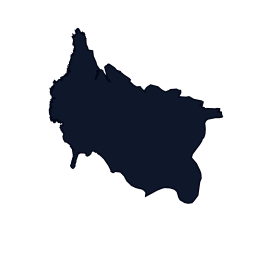 the district of Waterford City East Lea-6, Waterford, Ireland, rotated 120°
{"feature_id": "5873133B90521383760938", "entity_name": "Waterford City East Lea-6", "entity_type": "district", "adm_level": 2, "iso_a3": "IRL", "parent_name": "Ireland", "parent_adm1": "Waterford", "projection": "orthographic", "projection_center": [-7.041, 52.202], "detail": "fine", "context": "isolated", "style": "filled", "palette": "ink", "viewbox_px": 256, "rotation_deg": 120, "n_neighbors": 0, "source": "geoboundaries", "source_scale": "gbopen_adm2", "svg_char_len": 5883}
<svg xmlns="http://www.w3.org/2000/svg" viewBox="0 0 256 256"><g transform="rotate(120 128 128)"><path d="M82.3,175.9L82.8,176.4L82.6,176.8L83.1,177.2L83.4,176.8L85.9,178.4L87.0,178.4L92.7,172.6L94.0,172.5L94.5,171.3L95.1,170.6L95.3,169.4L96.6,167.6L96.8,165.9L97.1,167.8L95.8,171.0L95.2,171.4L95.0,172.8L93.7,174.0L92.6,177.0L91.2,178.5L91.1,180.3L91.5,180.9L92.9,180.9L93.5,181.7L94.4,182.0L94.6,181.4L96.5,180.6L99.4,180.6L100.8,180.2L101.7,180.5L103.0,179.9L101.9,180.7L101.0,180.6L99.7,181.2L96.5,181.4L94.0,183.3L93.7,182.7L92.7,182.6L92.2,182.1L91.3,182.5L89.6,186.3L86.8,189.3L83.4,194.0L79.0,197.3L80.4,201.0L80.0,202.2L78.9,203.0L76.4,206.4L74.9,207.2L74.2,208.1L73.1,208.4L72.7,209.0L71.8,209.1L71.6,209.6L71.9,209.8L70.5,210.7L69.7,212.3L69.0,212.2L68.6,213.1L67.9,213.3L68.0,214.1L67.6,213.8L68.0,214.2L68.4,214.0L68.2,214.7L68.9,214.3L69.3,214.5L68.8,215.4L69.3,215.7L68.8,216.1L69.0,217.3L67.9,218.7L67.9,219.6L67.3,219.7L67.0,220.5L67.5,220.6L67.3,221.4L67.7,221.6L68.5,221.7L68.8,221.3L68.9,221.8L69.8,221.8L70.0,221.2L70.3,221.0L70.1,221.5L70.3,221.6L70.8,220.9L70.7,221.4L71.1,221.0L71.1,220.4L70.8,220.5L70.9,219.9L71.5,219.6L72.0,220.0L72.9,219.9L73.4,220.4L73.9,219.9L75.0,219.9L75.3,220.1L74.5,221.3L75.0,221.0L74.7,222.0L76.1,221.0L76.1,222.0L76.4,221.0L76.8,221.7L77.4,221.0L77.3,220.3L78.2,219.8L78.6,219.0L83.2,217.3L83.3,216.7L82.8,216.5L83.5,215.5L85.9,213.7L85.8,214.0L86.3,214.2L86.8,213.6L86.5,213.3L87.7,212.3L88.4,212.6L87.8,213.2L88.0,213.8L90.2,212.2L91.1,212.3L91.2,212.8L91.6,212.2L91.9,212.5L92.0,212.2L92.7,212.4L93.0,213.3L93.8,213.3L94.0,212.8L94.6,212.9L96.3,211.6L96.2,211.9L97.0,211.9L98.3,211.3L99.2,211.5L100.6,211.2L101.5,210.6L101.8,209.9L102.6,210.7L103.1,209.9L103.8,210.1L104.1,209.7L104.9,209.7L104.9,210.1L105.2,209.7L105.2,210.1L106.0,209.5L106.4,209.7L106.8,208.9L107.1,209.7L107.6,209.1L107.5,209.5L108.2,209.2L107.3,206.7L108.0,206.3L108.5,206.5L108.4,207.8L108.6,208.1L108.9,207.8L109.1,208.8L109.6,208.7L110.5,207.9L110.9,208.1L111.0,207.6L111.4,208.1L112.1,207.1L112.4,207.7L113.1,207.3L112.9,208.4L113.2,208.2L113.3,208.6L113.9,208.5L114.1,209.1L114.8,208.5L115.3,209.4L116.3,209.2L116.2,209.8L116.6,210.4L117.3,210.2L117.6,211.0L118.1,211.2L118.7,210.6L119.0,209.0L119.6,209.1L119.9,210.9L120.5,211.2L120.7,211.9L124.0,212.5L123.9,213.8L124.5,213.1L124.9,213.0L124.2,214.9L124.4,214.8L124.5,215.3L125.6,215.3L125.5,214.8L126.7,214.1L128.3,213.2L129.5,213.3L130.5,212.5L131.0,213.2L130.8,213.6L131.3,213.4L131.6,213.7L131.4,214.4L132.0,214.3L132.4,213.6L132.4,214.3L133.1,214.3L133.1,214.6L134.2,213.5L134.5,212.6L135.1,213.2L135.3,212.8L135.8,212.9L136.1,212.4L136.8,212.2L137.7,211.0L137.6,209.8L139.1,209.1L139.4,208.0L138.8,206.3L139.4,206.5L140.2,208.1L140.9,208.0L141.1,208.4L142.1,207.4L142.6,207.5L142.6,208.0L143.0,207.5L143.3,207.8L143.3,207.1L143.8,207.8L144.1,207.6L144.1,208.0L144.7,208.0L145.3,207.4L145.1,207.0L145.5,207.4L146.6,207.1L147.4,206.0L147.3,205.5L147.9,205.8L148.0,205.5L148.2,205.9L148.7,205.3L148.5,205.9L149.0,205.6L149.4,205.1L149.1,204.7L149.8,204.9L150.1,205.4L150.5,205.2L150.4,205.4L151.1,204.5L150.8,205.4L151.3,204.7L151.3,205.1L152.0,204.8L151.7,204.1L152.2,204.5L154.1,203.4L155.1,202.5L154.9,202.0L156.7,200.8L156.9,199.9L157.0,200.1L157.4,199.7L157.3,200.2L158.0,199.6L158.1,199.0L158.5,198.9L158.5,199.4L159.1,198.4L159.1,199.2L159.3,199.1L160.0,198.1L159.2,197.7L159.2,197.1L160.2,194.7L159.3,193.6L159.7,195.0L159.1,196.5L157.9,196.2L157.6,196.9L157.6,195.7L158.7,194.7L158.3,193.9L157.1,194.6L156.5,194.4L157.1,193.5L156.3,192.9L156.7,192.7L156.7,192.1L157.2,192.0L156.9,191.5L157.6,191.6L157.9,190.6L157.7,190.8L157.2,190.0L156.5,190.1L156.3,189.4L157.1,188.7L156.3,188.6L155.7,187.8L155.9,186.9L158.3,185.8L158.7,186.0L158.8,186.9L159.7,187.5L160.5,186.8L161.4,187.0L162.4,185.1L163.0,185.0L163.5,183.8L162.9,183.2L164.2,182.7L164.4,181.1L164.8,181.1L165.2,180.4L167.8,179.9L169.7,178.3L171.3,175.6L170.9,175.1L170.8,173.8L171.3,169.1L172.7,168.5L172.5,167.6L173.2,167.3L173.6,166.2L173.4,165.3L174.3,165.2L178.5,161.8L180.9,160.4L181.2,160.6L181.9,160.1L182.1,160.5L183.2,159.7L183.1,160.0L183.4,160.1L184.0,159.3L184.4,159.7L184.8,159.2L185.0,159.8L186.6,159.1L189.3,158.7L190.3,157.1L190.4,155.7L189.9,155.2L187.5,155.0L185.9,156.0L183.8,156.3L181.6,157.2L175.0,158.4L174.5,157.7L174.1,157.9L172.9,156.4L171.3,153.3L171.0,151.5L172.4,150.7L172.6,149.4L171.2,148.3L168.8,147.5L168.0,147.9L165.7,147.7L164.9,146.1L165.1,144.2L164.6,144.1L164.5,143.1L165.2,140.8L165.2,138.5L166.5,133.2L170.0,125.9L173.0,121.5L174.0,120.9L173.8,120.4L174.2,119.4L173.9,118.7L173.5,118.2L171.7,117.4L171.1,115.6L170.7,115.4L170.7,114.7L170.0,114.1L170.1,113.1L169.7,112.7L171.2,107.2L174.2,102.5L175.8,96.2L175.5,91.8L174.4,87.6L173.7,86.0L173.7,82.7L174.8,80.0L178.1,78.6L166.9,71.7L162.3,68.0L160.9,66.3L158.6,61.6L157.6,57.1L158.4,53.6L162.6,49.2L164.0,46.8L164.0,41.5L162.9,38.3L160.6,35.4L158.2,34.8L151.4,34.0L138.9,39.1L135.1,39.6L131.2,42.3L129.1,44.7L124.8,51.0L122.1,58.5L120.2,58.9L118.4,59.4L113.5,58.8L111.5,58.6L106.9,58.0L102.9,57.8L100.2,58.3L98.4,57.8L97.3,58.0L94.5,58.7L91.0,60.4L89.5,61.3L88.8,61.8L87.8,62.5L87.2,63.0L86.4,63.7L84.9,64.3L82.9,64.4L81.6,64.0L81.3,63.9L80.1,63.2L75.1,57.5L73.2,54.2L71.6,52.3L71.0,52.0L69.7,53.8L67.7,55.1L68.7,58.0L67.2,57.5L65.6,58.4L66.8,60.7L68.1,62.2L71.7,69.2L73.4,71.8L72.4,72.3L73.2,74.5L71.7,75.0L72.6,76.6L70.9,76.8L70.1,75.4L68.0,76.0L68.0,77.9L70.5,85.4L70.5,90.7L72.5,93.1L75.5,99.3L73.6,100.3L72.7,99.9L71.0,100.1L69.3,101.3L70.1,102.5L70.2,105.3L73.5,110.2L75.5,111.3L78.2,113.6L78.4,117.8L77.5,122.6L79.5,129.9L83.3,131.8L86.6,132.2L88.0,131.5L87.7,134.6L86.3,138.2L88.3,141.0L88.3,144.4L87.0,149.8L86.4,150.2L85.2,150.1L84.7,151.6L84.3,158.3L83.7,161.2L84.0,163.0L83.1,163.0L83.9,166.7L82.8,169.6L82.3,175.9ZM130.3,213.7L129.8,213.9L130.2,214.0L130.3,213.7Z" fill="#0f172a" stroke="#020617" stroke-width="1.5"/></g></svg>